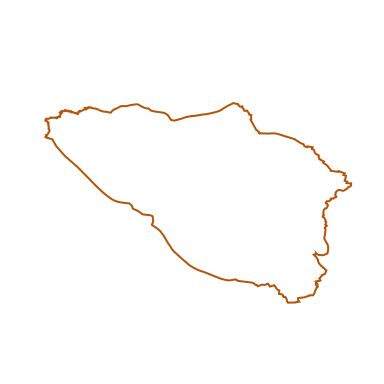 the district of Bueng Samakkhi, Nakhon Sawan, Thailand, rotated 279°
{"feature_id": "78962969B88959964927567", "entity_name": "Bueng Samakkhi", "entity_type": "district", "adm_level": 2, "iso_a3": "THA", "parent_name": "Thailand", "parent_adm1": "Nakhon Sawan", "projection": "equal_earth", "projection_center": [99.97, 16.23], "detail": "fine", "context": "isolated", "style": "outline", "palette": "amber", "viewbox_px": 384, "rotation_deg": 279, "n_neighbors": 0, "source": "geoboundaries", "source_scale": "gbopen_adm2", "svg_char_len": 5983}
<svg xmlns="http://www.w3.org/2000/svg" viewBox="0 0 384 384"><g transform="rotate(279 192 192)"><path d="M263.2,245.9L272.7,238.4L272.9,238.4L273.2,239.0L277.3,238.5L277.4,236.4L278.3,236.4L280.4,234.0L280.9,233.7L280.9,232.9L280.4,231.6L280.4,230.9L282.1,229.8L282.8,229.1L283.2,228.4L284.2,228.5L284.5,228.3L284.4,227.9L283.9,227.2L284.0,226.3L283.9,225.7L285.1,224.3L285.4,224.3L286.0,223.7L286.1,223.3L286.0,221.2L286.4,219.2L282.2,213.2L279.5,210.0L277.8,208.2L275.9,205.5L274.6,202.8L272.7,198.3L271.1,193.9L270.1,190.2L268.0,184.0L267.0,180.0L265.5,175.5L264.3,172.9L263.0,170.5L260.4,165.0L259.8,163.4L259.7,162.3L259.9,160.1L261.3,158.6L263.1,157.2L264.5,155.5L265.4,153.3L265.8,152.0L265.8,150.8L265.7,141.2L265.8,139.7L266.3,138.3L267.7,135.8L267.5,134.5L267.7,132.0L268.3,129.7L270.0,125.1L270.0,123.6L269.5,121.8L268.3,118.0L266.5,113.5L266.0,110.0L265.6,108.6L265.2,107.6L264.5,106.9L262.9,104.7L260.9,101.6L259.8,100.6L257.6,99.3L257.8,94.4L257.6,92.8L257.7,90.8L258.1,88.4L258.8,86.5L259.2,84.8L259.3,83.5L259.2,82.3L259.3,79.6L259.5,79.6L259.8,77.3L259.3,77.3L259.2,76.8L258.8,76.6L258.6,76.3L259.0,75.7L258.3,74.7L258.5,73.9L258.2,72.8L257.8,72.9L257.9,73.7L257.7,74.0L257.5,74.8L257.2,74.9L257.0,74.7L256.9,74.5L257.1,74.0L256.7,72.8L254.4,69.6L254.3,69.4L254.7,69.0L254.5,68.4L253.6,68.3L253.5,68.1L253.7,67.5L253.6,67.3L253.2,67.5L252.7,67.3L251.7,67.4L251.6,67.2L252.1,66.9L252.0,66.6L251.4,66.9L251.2,66.9L251.4,65.5L251.8,65.0L251.6,64.3L251.8,63.1L252.1,62.6L252.0,62.1L252.3,61.7L252.1,61.1L252.5,61.0L252.9,60.2L252.7,60.1L252.2,60.6L251.9,60.5L252.2,59.8L252.2,59.1L252.5,58.7L252.2,58.0L252.4,57.9L252.9,58.0L253.0,57.8L252.6,57.5L252.8,57.2L252.7,56.5L252.4,55.8L252.9,55.4L253.0,54.8L252.7,54.6L252.5,54.4L253.0,53.8L252.6,53.6L252.2,54.0L252.0,53.9L251.8,52.6L251.5,52.2L251.5,51.8L251.8,51.3L251.3,51.1L251.2,50.6L251.2,50.1L250.5,49.6L250.6,50.1L250.4,50.4L250.0,50.5L249.6,50.2L249.5,50.9L248.9,50.7L248.7,50.2L248.2,50.1L247.7,49.7L245.6,49.8L245.5,49.4L245.7,48.7L245.5,48.4L245.0,48.3L245.0,47.5L244.6,47.6L244.5,47.2L243.9,47.1L243.6,46.8L243.8,45.8L244.2,45.4L244.1,45.0L243.8,44.5L243.7,43.3L243.8,42.7L243.3,42.2L243.2,41.8L243.2,41.2L243.5,40.9L243.5,40.6L242.5,39.9L241.7,38.6L241.6,38.1L241.8,37.2L241.7,36.7L240.2,35.9L239.8,35.9L239.5,36.2L239.1,38.1L238.8,38.4L237.9,38.6L238.0,39.4L237.8,39.6L237.3,39.4L236.6,39.6L235.7,39.4L234.7,40.1L234.1,40.1L233.2,40.5L231.9,40.5L231.7,40.7L231.6,41.1L230.3,41.7L229.5,41.5L229.1,41.6L227.1,40.4L226.1,40.4L225.7,40.0L225.3,38.9L224.4,39.6L223.3,38.6L223.1,38.7L222.2,45.8L215.8,51.0L207.6,61.0L198.5,75.4L182.8,96.6L177.7,104.0L173.7,111.0L172.4,113.8L171.5,116.3L171.0,118.6L170.6,121.8L170.6,125.3L170.9,132.1L169.3,134.4L168.0,135.5L167.2,135.6L166.7,136.0L166.1,136.7L165.9,137.3L165.3,140.1L164.6,141.8L163.8,143.8L162.5,146.1L162.2,146.8L162.5,154.7L162.0,156.5L161.8,156.8L161.1,157.2L158.6,157.8L157.7,158.2L155.0,158.0L153.9,157.5L153.3,157.6L153.0,157.9L150.4,163.5L149.2,165.6L148.3,166.9L146.5,168.6L145.9,169.4L143.0,172.1L139.8,174.6L136.9,177.1L135.0,179.0L132.9,180.7L130.8,182.9L124.1,193.1L119.2,201.1L117.3,205.8L115.9,210.3L114.5,218.1L112.1,228.3L110.8,234.5L110.3,239.9L110.5,242.5L111.1,244.7L112.4,248.3L112.4,249.7L112.2,249.9L111.8,249.9L111.4,251.9L111.9,265.8L111.6,267.0L110.1,269.7L110.4,270.4L109.2,271.6L111.3,275.5L111.5,276.2L111.6,278.5L113.3,281.4L110.8,283.7L110.9,284.1L112.8,287.7L110.3,290.2L109.2,291.1L108.4,293.6L104.9,293.9L105.0,296.8L104.9,297.2L104.4,297.9L103.2,298.3L102.5,298.8L103.1,300.3L103.1,300.5L102.2,301.4L101.0,302.2L98.7,303.1L97.7,304.1L97.6,304.3L98.2,305.9L98.1,306.2L99.1,311.8L99.5,311.9L100.4,315.1L101.7,313.8L103.3,313.3L103.7,313.3L104.1,314.0L105.0,317.8L106.1,320.8L107.2,322.4L107.6,323.7L108.2,323.8L109.0,327.8L111.5,328.8L113.9,329.1L115.5,329.8L116.4,329.8L116.9,330.1L118.1,331.1L119.2,329.4L120.5,328.8L120.6,330.2L122.9,328.2L123.6,329.8L124.2,331.8L124.7,332.7L126.3,331.4L126.4,331.6L127.4,331.9L129.8,333.6L129.9,333.1L130.0,333.1L130.4,333.6L131.8,336.1L135.6,337.0L136.1,335.8L137.1,334.7L137.8,333.5L137.9,333.1L138.6,332.7L139.3,331.0L140.4,329.9L141.1,328.9L143.1,327.5L144.2,327.1L144.9,327.0L146.3,325.5L147.5,324.5L149.1,322.1L150.5,324.6L150.9,324.4L150.1,325.6L149.6,327.0L150.0,331.0L150.7,332.6L152.3,335.1L152.7,335.4L153.1,335.4L156.8,335.5L159.4,334.9L161.1,334.2L162.1,333.5L166.1,330.3L167.1,329.9L174.6,329.9L175.9,329.7L177.4,328.7L179.6,330.3L179.9,329.3L180.7,329.4L180.9,328.8L183.3,329.3L184.1,328.2L184.7,328.2L185.7,328.0L187.9,325.9L188.0,324.9L188.6,324.9L189.5,325.3L190.0,325.8L190.2,325.5L190.7,325.4L191.4,325.0L192.2,325.1L192.8,324.8L194.5,325.0L196.4,325.8L196.8,327.0L197.1,327.4L199.5,328.3L200.2,328.3L200.6,327.7L201.4,327.4L202.0,325.9L202.3,325.8L202.7,325.8L204.1,326.8L204.1,328.0L204.3,328.5L205.7,330.2L206.1,330.4L206.8,330.0L207.1,330.0L207.5,331.1L207.6,332.7L208.6,333.5L209.6,335.3L209.8,335.4L210.7,334.4L211.4,334.0L211.8,333.9L213.1,334.2L213.8,333.9L215.1,334.6L216.7,336.0L217.0,336.5L217.1,337.3L216.8,340.7L217.1,341.8L218.2,342.8L218.4,343.5L219.1,344.2L220.5,345.3L220.9,345.2L221.1,345.4L222.0,347.1L223.0,348.0L223.3,348.1L224.0,347.9L225.5,347.8L225.1,346.4L225.0,343.3L226.5,343.7L227.0,341.0L228.4,341.3L230.0,341.5L232.2,341.5L232.4,339.0L233.3,339.3L234.3,339.9L235.6,333.4L235.2,333.3L234.8,333.3L234.6,325.7L235.5,325.6L237.4,323.3L239.0,321.7L239.9,320.2L241.4,316.9L242.8,317.5L244.3,312.6L245.2,312.7L246.1,311.6L247.1,311.6L247.6,311.3L248.0,311.4L248.5,309.7L248.9,309.1L249.1,308.1L250.0,307.2L251.9,306.3L253.0,305.3L253.1,303.8L253.5,303.7L255.1,304.1L255.1,298.8L254.3,298.7L254.6,296.3L254.8,295.8L256.7,294.7L256.8,293.7L257.4,291.2L258.7,288.6L259.3,286.9L260.2,285.3L262.8,267.4L262.9,265.0L262.6,262.8L261.7,258.5L261.1,254.2L260.9,252.1L260.6,251.3L260.8,250.7L260.4,249.8L260.6,249.0L260.9,248.6L261.1,248.5L261.6,248.7L262.0,248.6L262.5,247.3L263.1,246.7L263.2,245.9Z" fill="none" stroke="#b45309" stroke-width="2"/></g></svg>